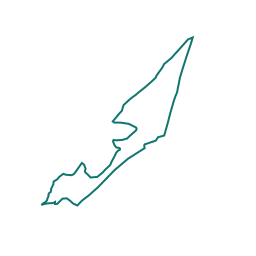 map outline of Israel (Equal Earth projection), rotated 212°
{"feature_id": "ISR", "entity_name": "Israel", "entity_type": "country or territory", "adm_level": 0, "iso_a3": "ISR", "parent_name": "Asia", "parent_adm1": "", "projection": "equal_earth", "projection_center": [35.212, 31.447], "detail": "fine", "context": "isolated", "style": "outline", "palette": "teal", "viewbox_px": 256, "rotation_deg": 212, "n_neighbors": 0, "source": "natural_earth", "source_scale": "50m", "svg_char_len": 1383}
<svg xmlns="http://www.w3.org/2000/svg" viewBox="0 0 256 256"><g transform="rotate(212 128 128)"><path d="M160.7,16.9L159.7,19.9L158.7,21.4L158.4,23.8L159.0,25.8L159.4,28.4L160.1,29.2L160.4,30.9L159.7,32.6L160.0,34.1L160.9,35.4L161.5,40.7L162.7,43.2L160.8,47.0L160.4,50.2L158.5,54.9L156.3,55.3L151.1,57.9L150.4,58.7L149.5,60.2L149.3,61.4L148.6,73.9L145.8,73.6L142.3,70.9L141.7,68.5L140.6,67.7L138.2,67.4L133.5,66.2L128.1,70.3L125.8,77.2L125.3,80.4L123.5,87.1L124.1,91.3L124.4,96.6L124.9,101.0L124.4,103.7L123.4,105.1L123.7,106.1L124.6,106.5L127.6,105.3L130.7,106.5L133.7,108.8L133.9,110.2L131.8,111.1L126.8,114.6L123.2,118.6L122.3,122.3L119.9,130.2L120.2,131.8L121.4,132.7L129.6,131.9L137.0,128.7L142.6,125.3L144.4,125.5L143.2,134.2L143.3,134.2L142.3,139.6L142.7,140.5L143.9,145.1L141.6,153.6L138.9,160.5L137.9,163.8L135.3,171.1L132.7,179.6L131.2,185.4L131.6,187.5L130.9,198.2L131.3,201.3L128.2,210.6L127.5,215.2L126.3,221.5L124.1,234.7L121.1,239.1L119.7,234.2L116.3,220.0L113.9,210.4L110.7,198.4L105.2,184.0L104.7,180.5L103.6,175.5L99.8,162.3L96.8,152.9L93.3,140.8L97.7,136.0L97.7,132.1L105.2,122.9L105.1,122.0L103.2,119.6L103.5,119.1L111.7,102.0L117.1,85.1L122.1,61.7L125.6,49.8L128.6,41.9L129.9,35.4L134.8,34.9L138.4,35.6L142.7,35.9L146.1,33.4L147.8,26.1L149.7,24.9L150.7,26.6L151.7,24.7L156.2,21.5L158.5,19.4L160.7,16.9Z" fill="none" stroke="#0f766e" stroke-width="2"/></g></svg>